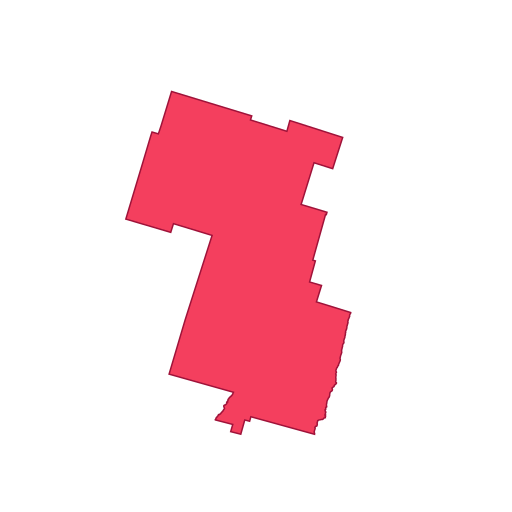 outline of Adolfo Gonzáles Chaves, Buenos Aires, Argentina, rotated 62°
{"feature_id": "61730980B59817068959156", "entity_name": "Adolfo Gonzáles Chaves", "entity_type": "district", "adm_level": 2, "iso_a3": "ARG", "parent_name": "Argentina", "parent_adm1": "Buenos Aires", "projection": "mercator", "projection_center": [-59.838, -37.941], "detail": "fine", "context": "isolated", "style": "filled", "palette": "rose", "viewbox_px": 512, "rotation_deg": 62, "n_neighbors": 0, "source": "geoboundaries", "source_scale": "gbopen_adm2", "svg_char_len": 5855}
<svg xmlns="http://www.w3.org/2000/svg" viewBox="0 0 512 512"><g transform="rotate(62 256 256)"><path d="M381.6,368.9L393.8,355.6L399.2,360.8L406.2,353.1L395.5,342.9L398.9,339.2L395.5,336.0L440.9,288.0L440.6,287.8L440.4,287.8L440.3,287.6L439.9,287.5L439.5,287.4L439.2,287.4L438.8,287.3L438.6,287.2L438.1,286.8L438.0,286.6L437.7,286.3L437.5,286.2L437.2,286.0L437.1,285.9L436.9,285.6L436.6,285.2L436.3,285.0L436.0,284.7L435.8,284.6L435.4,284.5L435.0,284.5L434.9,284.5L434.8,284.3L434.8,284.1L434.7,283.9L434.6,283.6L434.4,283.3L434.4,283.0L434.5,282.7L434.7,282.4L434.7,282.2L434.5,281.9L434.3,281.7L434.0,281.4L433.7,281.2L433.4,281.0L433.2,280.8L432.8,280.7L432.6,280.6L432.3,280.5L432.2,280.4L431.9,280.3L431.8,280.2L431.6,279.9L431.4,279.7L431.1,279.5L430.9,279.2L430.7,279.1L430.6,278.9L430.3,278.8L430.3,278.6L430.3,278.3L430.3,277.9L430.4,277.3L430.5,276.9L430.7,276.4L430.8,276.0L430.9,275.4L431.1,274.8L431.4,274.5L431.5,274.0L431.5,273.4L431.4,272.9L431.2,272.6L431.0,272.1L431.1,271.6L431.2,271.1L431.3,270.7L430.9,270.5L430.5,270.4L430.3,270.0L430.0,269.6L429.5,269.6L429.3,269.9L428.9,269.8L428.5,269.6L428.3,269.2L428.3,268.8L427.8,268.7L427.2,268.5L427.0,268.2L426.9,267.9L426.6,267.6L426.2,267.6L425.9,267.7L425.4,267.7L425.0,267.5L424.5,267.4L424.2,267.2L424.3,266.7L424.1,266.4L423.7,266.2L423.3,266.0L422.7,265.8L422.4,265.5L422.3,265.3L422.4,265.0L422.5,264.6L422.2,264.3L421.5,264.1L420.8,263.8L420.2,263.5L419.7,263.2L419.3,262.7L418.8,262.4L418.4,262.1L418.0,261.8L417.6,261.6L417.3,261.2L417.0,260.9L416.7,260.5L416.4,260.0L416.2,259.8L415.8,259.3L415.6,259.0L415.4,258.8L415.3,258.4L415.1,257.9L414.9,257.6L414.5,257.3L414.3,256.9L413.8,256.5L413.5,256.3L413.0,256.0L412.4,255.7L412.1,255.3L411.7,255.1L411.3,254.7L411.1,254.3L410.9,253.7L410.8,253.1L410.8,252.5L410.6,252.0L410.3,251.6L409.8,251.2L409.4,251.1L408.8,251.0L408.3,250.9L408.2,250.5L408.1,250.0L408.0,249.5L407.9,249.1L407.9,248.4L407.6,248.1L407.0,247.7L407.0,247.4L406.9,247.0L406.6,246.6L406.7,246.0L406.4,245.7L406.4,245.3L406.3,244.9L406.0,244.7L405.8,244.5L405.6,244.5L405.3,244.7L404.9,244.8L404.3,244.6L404.0,244.4L403.6,244.0L403.2,243.8L402.9,243.6L402.5,243.4L402.0,243.1L401.5,242.9L401.4,242.8L400.9,242.7L400.4,242.4L400.1,242.2L399.7,241.9L399.3,241.6L398.9,241.3L398.4,241.0L398.0,241.1L397.5,241.0L397.3,240.7L397.1,240.5L396.8,240.1L396.6,239.7L396.3,239.5L396.0,239.5L395.7,239.5L395.3,239.5L394.8,239.3L394.3,239.0L393.9,238.5L393.5,238.1L393.0,237.6L392.7,237.3L392.6,236.6L392.1,236.1L391.7,235.6L391.4,235.1L391.4,234.7L391.0,234.3L390.3,233.9L390.1,233.5L389.8,233.1L389.4,232.7L389.2,232.4L388.9,232.1L388.6,231.6L388.2,231.2L388.0,230.9L387.7,230.7L387.3,230.3L386.8,230.1L386.4,230.0L385.9,229.9L385.4,229.6L385.0,229.1L384.4,228.7L384.0,228.3L383.6,227.9L383.2,227.6L383.0,227.3L382.6,226.8L382.2,226.5L381.8,225.9L381.3,225.5L380.7,225.3L380.1,225.0L379.3,224.7L379.2,224.4L378.6,224.0L378.3,223.7L377.9,223.3L377.3,222.9L377.0,222.5L376.5,222.1L376.2,221.8L375.7,221.6L375.1,221.2L374.7,220.7L374.5,220.4L374.4,220.0L374.0,219.4L373.9,219.1L373.4,218.9L372.9,218.7L372.5,218.5L372.4,218.4L372.2,218.4L371.8,218.1L371.6,218.0L371.4,217.8L371.2,217.6L371.0,217.3L370.8,217.2L370.6,217.0L370.5,216.9L370.4,216.7L370.0,216.2L369.6,215.8L369.3,215.6L369.0,215.4L368.7,215.2L368.3,214.9L368.0,214.5L367.8,214.3L367.5,214.2L367.3,214.0L367.0,213.7L366.7,213.6L366.4,213.4L366.1,213.3L365.8,213.0L365.7,212.9L365.6,212.7L365.3,212.7L364.9,212.5L364.6,212.2L364.3,212.0L364.2,211.7L363.9,211.5L363.7,211.3L363.6,211.0L363.5,210.8L363.2,210.7L362.9,210.2L362.5,210.0L362.3,209.7L362.2,209.6L361.7,209.3L361.3,209.1L360.9,208.9L360.7,208.6L360.4,208.4L360.1,208.0L359.7,207.7L359.4,207.4L359.2,207.2L359.0,206.9L358.6,206.7L358.3,206.4L358.2,206.1L357.7,206.0L357.4,206.0L356.9,205.6L356.7,205.4L356.4,205.3L356.2,204.9L355.7,204.7L355.4,204.3L355.2,204.0L354.9,203.7L354.6,203.2L354.3,202.9L354.0,202.6L353.8,202.3L353.6,202.1L353.5,201.9L353.2,201.6L352.8,201.5L352.5,201.3L352.2,201.1L351.9,200.9L351.7,200.6L351.5,200.3L351.3,199.9L351.2,199.6L350.9,199.3L350.7,199.2L350.5,198.9L350.4,198.9L324.9,224.2L312.8,212.0L304.1,220.9L288.2,205.9L286.3,207.8L252.0,175.1L252.5,174.5L250.7,172.8L231.7,192.0L200.9,161.0L214.9,147.3L192.0,123.8L152.3,162.5L160.4,170.2L133.3,197.0L130.3,194.0L71.1,253.3L96.3,278.5L100.6,283.0L102.3,284.9L97.7,289.6L100.6,292.6L121.0,312.7L162.3,353.6L195.1,320.2L188.7,313.7L217.2,285.1L278.9,348.3L319.5,388.2L365.7,339.9L365.9,340.2L366.1,340.5L366.4,340.8L366.7,341.0L367.0,341.4L367.2,341.8L367.4,342.1L367.6,342.4L367.7,342.9L367.9,343.1L368.0,343.4L367.9,343.7L368.0,343.9L368.2,344.2L368.2,344.5L368.4,345.0L368.3,345.3L368.4,345.6L368.6,346.0L368.7,346.4L369.0,346.6L369.2,346.9L369.2,347.3L369.4,347.8L369.7,348.2L370.1,348.4L370.4,348.5L370.6,348.9L370.7,349.2L370.9,349.4L371.2,349.4L371.4,349.5L371.2,349.7L371.3,349.9L371.2,350.1L371.3,350.5L371.6,350.7L371.9,350.6L372.0,350.7L372.2,350.8L372.5,351.0L372.7,351.4L372.8,351.7L372.8,352.0L372.9,352.4L373.1,352.8L373.1,353.1L373.0,353.4L372.8,353.7L372.8,354.0L373.0,354.3L373.1,354.7L373.3,354.9L373.6,355.0L373.9,355.1L374.2,355.2L374.6,355.2L374.9,355.2L375.1,355.3L375.5,355.3L375.8,355.4L376.0,355.6L376.2,355.9L376.3,356.2L376.4,356.5L376.7,356.9L376.8,357.2L376.9,357.5L377.1,357.7L377.3,358.0L377.5,358.2L377.5,358.6L377.5,358.8L377.6,359.0L377.8,359.3L377.8,359.5L378.0,359.8L378.0,360.1L378.1,360.3L378.2,360.6L378.3,360.8L378.6,361.1L378.6,361.4L378.7,361.7L378.6,362.0L378.8,362.4L378.9,362.7L378.7,362.9L378.5,363.1L378.5,363.4L378.5,363.7L378.7,363.9L379.0,364.2L379.1,364.4L379.3,364.7L379.4,364.9L379.4,365.2L379.5,365.5L379.8,365.8L379.9,366.0L379.9,366.3L379.9,366.5L380.0,366.8L380.2,367.1L380.3,367.3L380.6,367.6L380.8,367.8L381.0,368.0L381.4,368.6L381.5,368.9L381.6,368.9Z" fill="#f43f5e" stroke="#9f1239" stroke-width="1.5"/></g></svg>